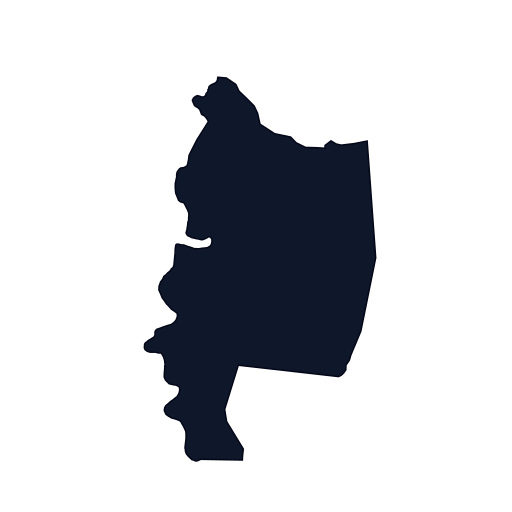 River Doree, Choiseul, Saint Lucia (orthographic projection), rotated 154°
{"feature_id": "8701671B82289109634820", "entity_name": "River Doree", "entity_type": "district", "adm_level": 2, "iso_a3": "LCA", "parent_name": "Saint Lucia", "parent_adm1": "Choiseul", "projection": "orthographic", "projection_center": [-61.034, 13.767], "detail": "fine", "context": "isolated", "style": "filled", "palette": "ink", "viewbox_px": 512, "rotation_deg": 154, "n_neighbors": 0, "source": "geoboundaries", "source_scale": "gbopen_adm2", "svg_char_len": 3232}
<svg xmlns="http://www.w3.org/2000/svg" viewBox="0 0 512 512"><g transform="rotate(154 256 256)"><path d="M357.7,78.6L356.7,80.5L355.6,82.4L352.0,88.1L355.0,120.0L351.4,131.9L319.8,165.6L234.6,111.4L231.4,111.5L228.4,112.5L225.1,114.4L224.5,115.6L223.0,118.5L220.1,120.1L217.9,121.4L216.6,122.7L214.6,125.0L210.2,128.9L194.7,142.5L149.2,201.9L105.7,310.6L118.5,314.0L130.8,318.3L134.9,321.6L138.1,326.6L145.5,325.1L146.7,322.6L154.1,326.8L163.9,331.9L170.3,340.2L172.7,347.7L185.7,357.8L194.6,372.7L192.0,383.5L191.9,391.7L195.9,403.3L199.0,411.6L198.9,419.1L204.6,429.0L211.9,433.4L212.6,432.6L213.6,430.9L215.1,430.0L216.2,429.4L221.4,429.5L223.9,428.9L225.2,427.2L226.5,426.3L226.8,425.2L228.5,424.3L229.6,423.9L231.0,422.3L233.1,421.9L234.8,422.5L236.6,424.3L238.3,425.8L240.3,426.0L242.9,425.4L244.9,423.9L245.2,421.3L245.3,418.4L244.7,416.9L243.3,414.9L242.3,412.4L242.6,409.3L242.8,407.1L240.8,404.4L240.0,401.1L239.8,398.0L240.3,397.4L258.4,386.2L272.0,375.9L274.1,372.6L276.7,369.1L278.5,367.3L280.6,367.1L282.1,367.1L284.2,367.8L285.1,368.1L287.1,367.7L290.1,366.0L291.9,363.6L292.2,362.5L293.7,360.5L295.8,357.8L296.7,356.7L298.6,352.9L299.8,349.9L300.6,347.7L301.0,341.9L301.2,340.1L300.1,337.8L298.4,336.2L297.4,335.1L297.3,327.9L297.5,324.3L298.3,322.4L299.4,320.5L300.2,319.2L300.6,318.0L302.3,316.3L304.2,313.3L306.7,309.7L307.6,308.7L308.7,307.5L308.8,305.5L308.3,304.0L306.6,302.0L305.7,300.7L303.6,299.1L302.1,297.8L300.1,296.4L298.3,294.8L297.1,294.1L295.4,293.9L293.1,293.8L290.1,294.1L288.7,293.0L288.2,290.6L289.2,288.4L290.1,287.1L291.0,286.1L292.0,285.4L292.8,285.0L296.1,284.8L298.7,285.7L300.8,286.5L304.7,287.7L306.8,289.0L307.0,289.0L308.0,289.5L311.5,293.0L312.8,294.1L315.2,296.6L316.1,297.6L318.3,298.7L320.3,300.5L322.0,301.4L323.0,301.2L323.8,300.3L325.5,297.8L327.5,294.0L331.2,288.0L333.7,283.9L335.6,282.0L337.6,281.6L339.1,280.5L340.3,280.1L343.5,279.3L345.0,278.6L347.7,278.1L350.0,276.1L351.7,275.2L353.2,274.5L355.0,272.6L356.3,271.5L358.2,268.0L358.3,263.3L358.6,259.7L357.9,255.9L357.4,252.1L356.6,249.9L355.5,246.0L355.3,245.2L352.0,239.4L352.6,237.2L353.4,235.8L354.6,234.8L355.7,233.6L358.4,232.3L362.2,231.6L365.5,232.2L369.7,232.8L375.1,233.3L376.9,233.6L378.4,233.3L380.0,232.2L381.4,229.2L383.1,227.9L387.7,227.4L389.6,227.3L391.8,226.7L393.5,226.4L394.8,225.6L395.5,224.2L396.3,223.1L396.7,221.9L396.7,221.6L396.7,220.3L395.5,218.0L393.4,216.0L388.5,213.6L386.2,211.6L384.0,210.6L383.4,208.1L383.4,205.3L383.7,203.6L384.1,201.6L384.9,199.7L385.0,198.9L385.3,198.1L386.2,197.3L386.9,195.7L389.7,191.0L391.6,187.4L391.7,184.1L390.1,179.3L387.1,176.8L384.6,175.1L383.0,173.1L382.4,171.9L383.0,169.6L384.4,167.5L385.5,166.3L387.6,164.8L388.9,164.1L390.8,163.8L393.6,163.1L396.8,162.6L400.1,161.6L402.4,161.1L404.3,159.9L404.9,159.3L406.2,157.2L406.3,153.2L405.1,150.9L404.7,150.2L403.6,148.6L403.1,147.7L401.2,146.0L399.3,144.3L397.0,141.8L396.2,140.5L396.0,136.6L395.8,135.0L395.9,131.1L395.8,130.1L396.6,127.3L397.3,125.9L398.9,122.6L401.3,118.9L403.5,115.4L404.0,114.6L404.3,113.2L405.0,111.3L405.3,108.8L404.6,105.7L403.8,103.6L402.9,101.1L401.5,99.9L400.2,98.3L399.5,97.9L397.8,97.5L395.4,97.6L394.2,97.2L357.7,78.6Z" fill="#0f172a" stroke="#020617" stroke-width="1.5"/></g></svg>